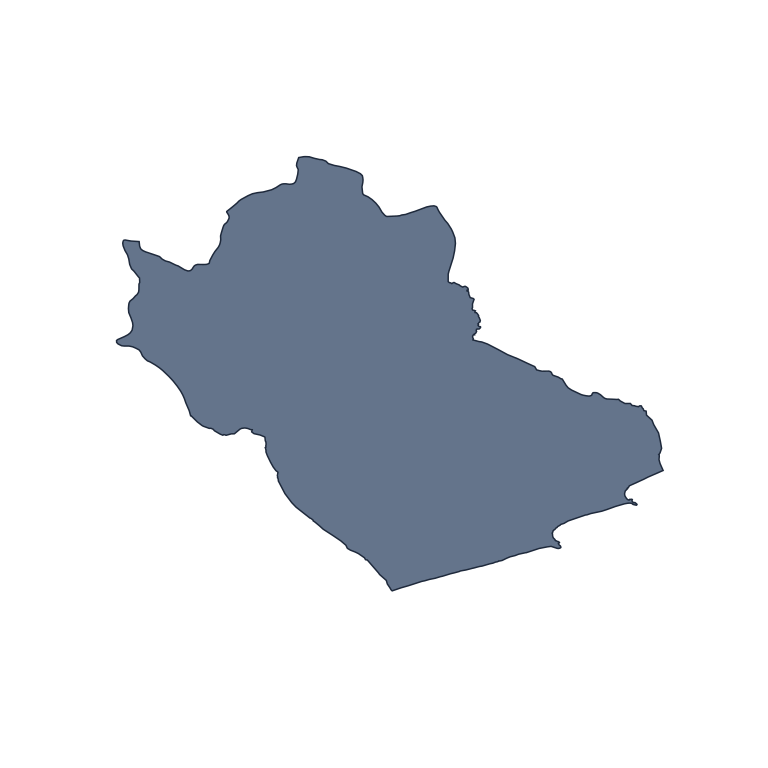 Aceh Barat, Aceh, Indonesia (Equal Earth projection), rotated 288°
{"feature_id": "22746128B65593111718524", "entity_name": "Aceh Barat", "entity_type": "district", "adm_level": 2, "iso_a3": "IDN", "parent_name": "Indonesia", "parent_adm1": "Aceh", "projection": "equal_earth", "projection_center": [96.186, 4.452], "detail": "fine", "context": "isolated", "style": "filled", "palette": "slate", "viewbox_px": 768, "rotation_deg": 288, "n_neighbors": 0, "source": "geoboundaries", "source_scale": "gbopen_adm2", "svg_char_len": 6151}
<svg xmlns="http://www.w3.org/2000/svg" viewBox="0 0 768 768"><g transform="rotate(288 384 384)"><path d="M576.1,239.4L575.4,237.4L573.0,232.9L567.2,232.8L564.7,233.3L563.5,234.2L561.4,236.2L557.0,237.1L551.7,237.5L548.8,237.3L546.7,236.1L545.6,234.4L544.7,232.3L544.1,228.9L543.5,227.0L542.7,225.3L541.5,223.9L537.3,220.5L534.0,217.1L529.3,209.8L526.9,204.6L524.3,200.1L521.1,196.5L515.5,191.2L513.2,189.5L510.7,188.3L505.7,185.2L499.5,181.1L498.9,181.3L496.9,183.7L495.9,184.6L494.7,185.2L493.7,185.4L490.0,184.9L488.1,184.0L487.0,183.2L485.4,182.6L483.1,182.5L477.4,182.6L474.3,182.8L470.6,184.2L467.5,184.6L465.4,184.6L462.7,184.1L457.9,182.3L454.0,181.3L447.6,180.2L444.9,180.5L443.7,179.4L442.8,178.0L441.9,175.5L440.1,169.7L438.8,167.9L437.6,167.0L435.7,166.4L434.2,166.1L432.2,165.0L431.5,164.0L430.9,162.6L431.0,159.0L432.7,151.7L432.7,149.3L433.7,142.4L433.5,138.0L434.2,134.5L435.8,131.2L435.9,128.1L436.0,116.4L436.4,113.2L437.4,110.8L439.6,109.0L443.8,107.1L441.8,99.3L441.0,93.5L440.5,92.3L439.9,91.9L439.0,91.8L437.2,92.0L434.8,93.2L430.9,96.4L427.6,100.1L424.1,102.6L419.1,105.2L415.5,108.3L414.0,111.4L410.1,117.2L409.3,118.7L405.1,120.3L403.3,120.1L397.8,121.8L395.4,122.2L392.7,121.5L391.0,120.4L387.7,119.0L384.3,116.8L382.1,116.5L380.2,116.8L376.8,117.6L373.0,119.2L368.7,122.9L364.7,125.9L361.9,127.2L357.3,127.8L354.3,126.9L351.8,125.3L348.9,122.5L343.9,116.9L342.7,116.2L340.9,116.9L339.9,118.7L339.3,122.6L339.8,125.1L341.3,129.7L341.7,133.4L341.4,136.7L340.8,140.4L339.2,142.8L336.1,145.6L334.1,149.0L332.9,151.9L332.7,154.7L331.4,160.7L330.0,165.4L328.5,169.3L324.8,177.0L321.9,182.2L318.0,188.1L314.4,192.8L311.5,195.9L308.5,198.6L305.0,201.2L298.4,207.0L294.0,209.9L294.2,210.3L290.2,218.3L288.3,223.7L288.0,225.1L287.8,231.5L288.4,233.1L288.2,235.4L287.1,237.3L285.7,243.7L285.5,246.6L286.4,247.3L286.5,248.6L286.4,249.2L286.5,249.8L289.4,254.2L290.4,257.1L296.6,261.0L297.8,262.3L299.1,265.0L299.4,266.4L299.6,268.4L299.4,271.4L299.8,272.8L297.6,272.9L296.7,275.3L296.6,275.8L297.2,282.0L296.8,286.9L296.4,287.3L293.2,288.7L292.5,289.5L290.3,290.5L289.1,290.6L287.4,291.2L286.9,290.7L284.8,292.1L282.8,292.8L279.7,295.3L274.5,300.3L270.8,304.3L268.2,308.0L267.5,310.1L267.3,310.4L263.8,310.9L262.8,311.6L261.9,311.7L261.6,312.3L259.6,313.4L259.2,313.4L249.1,323.7L242.6,333.0L239.7,338.4L233.6,355.0L233.5,356.3L232.7,358.5L232.3,358.9L232.0,358.9L231.3,361.1L229.2,366.4L227.1,371.0L224.1,382.3L221.5,391.3L218.9,397.6L216.6,399.7L216.3,400.3L215.6,403.4L215.3,408.6L214.8,412.1L212.7,419.1L211.2,420.7L211.4,422.6L202.6,437.2L201.5,438.6L197.9,446.9L194.8,449.0L192.1,452.5L190.4,454.4L189.8,455.7L195.5,463.3L199.6,469.4L208.0,481.0L209.4,483.5L212.2,487.6L215.0,492.6L218.2,497.2L219.3,499.1L224.1,505.9L226.1,509.2L228.9,513.5L229.8,514.4L232.4,519.3L240.0,531.3L241.1,533.5L245.7,540.2L247.3,543.0L249.1,545.1L249.8,546.5L250.7,547.6L251.4,548.0L251.3,548.5L252.7,550.9L256.1,554.4L258.6,557.3L261.4,561.8L263.7,564.6L267.2,570.6L267.5,571.4L275.5,582.3L279.6,589.7L281.2,593.1L281.2,599.3L281.4,600.6L282.2,602.0L283.1,602.7L283.7,602.5L284.5,601.8L285.0,600.4L286.0,599.2L287.4,599.9L287.7,599.7L287.6,599.0L288.0,598.4L287.8,597.8L288.1,596.6L288.0,595.8L288.5,594.8L288.9,594.7L289.9,592.7L290.7,591.9L292.3,591.0L293.5,590.6L294.1,590.0L295.2,590.3L296.4,590.1L296.9,590.5L297.7,590.7L298.4,591.4L300.4,592.2L301.0,592.9L302.1,593.2L304.1,595.1L305.1,595.5L307.0,598.2L310.7,601.5L321.6,616.0L322.3,617.5L324.7,620.7L330.3,630.4L333.5,634.8L339.1,642.0L344.4,649.8L346.1,653.0L346.8,655.0L347.0,656.5L346.4,658.1L346.6,660.6L346.8,661.6L347.5,661.9L347.8,661.7L348.2,660.9L348.8,659.3L348.3,657.8L349.0,656.5L349.5,655.9L350.8,655.9L351.0,655.3L350.4,654.2L350.4,653.5L349.3,652.9L349.4,651.3L350.1,650.0L351.8,647.9L352.9,647.2L354.1,646.7L356.8,646.5L359.8,648.0L360.0,647.6L361.7,648.6L363.0,648.8L373.7,660.5L377.1,663.9L388.0,676.2L393.7,671.1L397.1,668.9L400.1,668.2L401.9,667.5L401.9,667.2L403.7,667.8L408.6,667.9L414.8,664.6L422.3,660.2L428.8,653.0L432.4,650.1L435.5,643.3L439.2,641.7L439.0,639.4L440.6,638.1L441.0,637.1L442.6,635.6L442.7,635.2L442.1,633.7L441.1,633.1L440.6,630.0L440.8,629.2L440.2,626.5L440.8,625.8L441.6,624.2L439.9,619.2L440.9,613.9L441.7,612.2L441.9,611.6L441.3,610.4L440.6,607.7L438.6,600.5L438.6,598.4L439.0,597.0L440.7,593.2L441.4,590.1L441.4,588.7L440.7,586.3L440.3,585.5L438.8,585.0L437.6,585.0L436.9,584.4L435.9,582.9L435.3,580.1L434.9,576.7L434.9,574.5L436.2,564.3L437.3,560.3L439.1,557.5L443.8,552.0L443.7,550.5L444.4,547.6L444.5,542.5L444.6,541.9L445.2,540.9L446.5,539.8L447.2,538.6L447.2,536.8L445.0,530.3L444.7,527.4L444.6,524.8L447.1,522.0L448.0,514.0L449.3,503.8L450.1,492.4L452.1,481.7L454.0,470.0L454.2,464.0L453.7,461.0L453.4,455.0L454.6,455.0L455.9,453.8L456.4,453.8L456.9,453.4L458.3,453.8L458.8,455.0L459.2,454.8L459.3,454.4L460.9,455.6L462.7,455.8L463.1,455.2L464.6,455.1L465.1,455.7L465.7,457.5L467.3,458.3L468.0,458.3L468.3,458.0L468.2,456.3L468.7,455.4L469.9,455.5L470.2,454.8L470.8,455.1L472.0,455.4L472.8,456.2L473.3,456.0L474.2,456.0L476.7,453.9L477.3,453.0L478.4,452.8L479.9,450.8L480.4,449.8L480.1,448.5L480.9,448.1L481.8,448.3L481.9,447.1L481.7,445.6L482.0,445.1L483.1,444.4L484.0,444.6L487.5,443.4L492.4,443.5L492.9,442.5L492.8,439.3L495.5,437.0L497.6,436.1L498.1,435.2L498.2,434.1L498.9,434.0L499.4,435.1L501.0,434.3L501.7,432.6L502.0,431.1L501.6,430.2L500.5,428.9L500.9,426.3L501.5,424.8L501.7,421.5L502.2,419.4L501.8,418.5L500.8,417.9L500.4,417.3L500.8,416.3L500.6,414.9L501.2,413.4L508.4,411.1L511.3,410.9L525.2,410.8L532.5,410.0L539.8,408.5L544.9,406.3L549.8,402.4L552.3,400.0L556.4,395.0L558.6,391.3L564.5,383.6L566.7,381.3L568.5,379.7L568.9,378.8L568.9,376.5L567.6,373.4L565.6,369.9L557.8,360.1L555.2,356.4L551.9,352.1L550.2,348.6L548.9,347.0L547.7,344.3L544.2,334.9L544.3,333.9L544.8,332.4L546.8,329.0L550.8,324.5L553.5,320.3L555.7,315.6L557.1,311.0L557.6,306.3L558.5,304.9L564.7,302.1L569.0,301.6L571.6,301.0L573.8,300.0L575.5,299.0L576.7,296.6L577.5,291.7L577.7,281.5L577.2,274.6L576.5,269.2L576.4,263.0L578.0,259.8L578.2,256.0L577.6,253.3L577.1,247.9L577.0,242.7L576.1,239.4Z" fill="#64748b" stroke="#1e293b" stroke-width="1.5"/></g></svg>